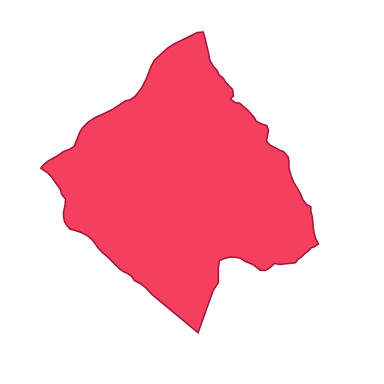 outline of Indiaporã, São Paulo, Brazil, rotated 318°
{"feature_id": "56859067B57389916946553", "entity_name": "Indiaporã", "entity_type": "district", "adm_level": 2, "iso_a3": "BRA", "parent_name": "Brazil", "parent_adm1": "São Paulo", "projection": "albers", "projection_center": [-50.258, -19.956], "detail": "fine", "context": "isolated", "style": "filled", "palette": "rose", "viewbox_px": 384, "rotation_deg": 318, "n_neighbors": 0, "source": "geoboundaries", "source_scale": "gbopen_adm2", "svg_char_len": 1629}
<svg xmlns="http://www.w3.org/2000/svg" viewBox="0 0 384 384"><g transform="rotate(318 192 192)"><path d="M95.5,73.1L97.6,81.6L97.7,87.3L96.6,95.5L95.8,102.1L93.6,106.5L93.2,112.7L88.9,116.8L85.3,119.3L82.3,121.7L79.7,124.9L77.6,128.3L76.5,133.5L76.5,138.0L79.1,142.0L82.3,147.4L84.1,151.9L85.3,155.5L85.8,161.6L84.7,171.7L84.9,177.3L85.7,182.6L86.1,188.4L86.5,196.3L86.7,200.6L87.7,205.1L89.4,208.9L90.6,213.9L89.9,219.1L92.4,226.1L93.4,231.0L93.6,235.4L93.6,241.1L102.3,300.7L142.0,279.3L150.9,277.0L161.1,265.8L166.5,261.3L170.4,262.6L176.7,265.8L179.7,268.6L183.7,273.5L184.9,278.7L188.8,287.0L190.2,295.8L194.0,299.4L198.8,300.4L205.5,300.3L208.9,304.8L214.8,308.9L218.4,311.7L221.6,313.8L225.6,313.0L229.7,313.6L234.5,313.2L238.9,313.7L242.8,313.2L246.6,314.7L251.2,315.3L253.0,308.6L255.5,304.0L258.1,300.0L261.9,294.9L265.1,290.5L267.4,286.0L270.4,282.5L268.8,277.6L269.2,272.0L271.2,266.9L272.4,261.8L274.2,252.5L276.7,245.9L279.9,239.4L284.1,234.7L286.9,230.6L287.1,223.1L285.1,219.6L283.7,215.2L281.3,209.4L281.5,204.0L285.9,200.6L290.2,197.3L292.0,192.6L289.6,188.6L287.1,182.5L288.2,177.8L288.2,168.4L287.4,162.6L286.9,157.9L283.9,154.3L282.9,148.4L287.1,148.5L290.8,142.9L290.5,138.0L290.5,133.0L291.4,128.3L290.5,123.3L292.0,118.2L292.0,112.4L293.5,106.0L297.7,99.1L300.9,93.2L304.4,86.7L307.5,80.7L302.7,77.0L277.3,69.8L270.0,68.7L262.8,68.7L252.0,68.9L245.2,71.4L234.4,77.0L223.7,81.1L213.9,82.8L207.9,82.1L203.2,79.6L187.5,77.3L169.7,71.8L161.9,70.6L154.6,70.8L148.4,72.5L135.1,79.2L129.6,78.3L123.6,75.9L116.8,75.1L106.0,72.7L99.9,72.4L95.5,73.1Z" fill="#f43f5e" stroke="#9f1239" stroke-width="1.5"/></g></svg>